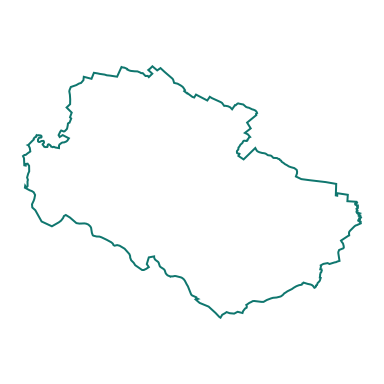 outline of Rabagani, Bihor, Romania
{"feature_id": "2599482B4708880341888", "entity_name": "Rabagani", "entity_type": "district", "adm_level": 2, "iso_a3": "ROU", "parent_name": "Romania", "parent_adm1": "Bihor", "projection": "natural_earth1", "projection_center": [22.248, 46.751], "detail": "fine", "context": "isolated", "style": "outline", "palette": "teal", "viewbox_px": 384, "rotation_deg": 0, "n_neighbors": 0, "source": "geoboundaries", "source_scale": "gbopen_adm2", "svg_char_len": 5919}
<svg xmlns="http://www.w3.org/2000/svg" viewBox="0 0 384 384"><path d="M320.7,277.9L319.8,277.6L320.1,275.7L320.1,274.7L320.4,273.7L320.5,273.0L320.8,272.5L321.2,272.3L321.8,270.4L321.5,269.8L321.5,269.4L320.3,269.3L321.0,266.3L320.7,265.4L323.4,263.9L327.6,263.1L329.5,264.0L334.6,262.4L335.9,262.2L337.4,261.5L339.5,260.9L338.3,253.1L338.3,252.1L339.1,250.0L343.3,248.3L343.8,247.6L343.7,246.1L343.0,243.5L341.7,241.8L341.0,240.6L348.3,235.8L349.2,235.4L349.0,233.3L349.1,232.1L349.9,230.9L354.4,226.4L355.6,225.5L356.9,225.1L360.7,223.4L360.3,222.5L360.4,222.3L360.6,222.3L360.8,222.0L360.7,221.7L360.1,221.6L359.9,221.9L359.8,222.0L359.7,221.9L359.7,221.4L359.5,220.8L358.5,220.9L358.2,220.7L358.2,220.4L358.5,220.4L358.9,220.1L359.1,219.8L359.1,219.4L359.4,219.7L359.9,219.8L360.0,219.5L359.6,218.6L359.9,217.9L360.2,217.7L360.7,217.8L361.0,217.4L360.6,217.0L360.4,215.8L359.8,216.1L358.7,215.9L358.7,215.5L358.9,215.4L359.5,215.6L359.7,215.2L359.3,214.5L358.8,214.8L358.5,214.6L358.3,214.0L359.6,213.3L358.3,212.9L357.7,213.5L357.2,213.2L357.2,212.7L356.5,212.0L356.5,211.5L356.7,211.0L357.5,210.7L357.2,209.9L356.8,209.6L356.6,209.2L356.5,208.8L357.8,208.1L357.9,207.9L357.9,207.7L357.3,207.3L357.1,206.7L357.4,206.4L357.8,206.3L358.0,206.1L357.8,205.3L356.7,205.3L355.3,204.6L355.2,204.3L355.4,204.0L355.2,203.6L355.6,203.2L356.6,203.2L357.1,202.7L356.6,201.8L347.4,201.2L347.8,194.8L337.3,193.2L337.2,195.7L335.8,195.4L336.2,183.9L325.8,182.1L309.6,180.2L301.3,179.1L295.9,176.5L297.0,173.4L297.1,171.6L296.7,169.9L294.3,168.1L291.0,167.2L288.8,166.4L287.0,165.2L284.9,164.1L283.6,163.0L281.7,161.8L281.4,161.4L281.2,160.7L279.9,160.0L279.4,159.1L278.3,158.9L277.1,158.1L276.2,158.0L273.4,157.9L271.4,155.9L270.4,155.5L269.3,155.4L267.9,155.2L265.6,153.6L264.0,153.2L262.2,153.0L259.3,152.2L258.2,151.7L257.2,151.1L256.6,150.4L255.3,148.0L243.6,159.4L238.4,155.9L239.5,153.9L239.0,153.6L237.5,153.4L237.0,152.9L236.9,151.4L237.1,150.8L237.8,150.1L238.4,149.1L238.4,147.9L238.7,147.3L239.2,146.8L239.9,145.7L240.4,144.7L241.5,143.8L242.5,142.8L243.1,141.4L243.8,140.8L244.8,140.7L245.7,140.9L246.8,141.0L247.5,140.4L247.4,139.6L248.3,138.8L249.0,137.5L250.1,137.0L247.8,134.3L244.9,132.9L250.7,128.4L247.1,122.6L256.3,115.1L256.0,114.0L257.1,113.1L256.6,111.9L255.5,110.6L253.6,109.7L252.3,109.4L248.8,107.7L247.5,107.5L246.0,106.9L243.3,104.5L238.8,103.6L238.3,103.4L237.5,103.6L235.6,105.3L235.0,105.1L232.1,109.3L230.2,107.3L228.1,106.3L225.5,105.8L224.2,105.9L222.0,102.9L220.7,102.1L211.9,98.1L209.8,96.8L207.3,100.5L196.0,94.6L194.2,97.5L192.4,96.9L187.3,93.1L187.1,93.4L184.2,91.1L185.0,90.2L183.3,87.6L182.6,86.8L180.8,85.5L177.6,83.7L174.1,82.9L173.2,79.8L172.5,78.7L164.7,72.0L160.5,68.1L157.2,70.4L152.4,66.3L150.2,68.5L148.3,70.0L152.3,73.7L148.8,77.1L147.8,75.9L145.5,76.0L142.7,73.1L141.1,73.1L139.9,72.4L137.5,71.4L134.6,71.3L130.8,70.9L129.4,70.5L127.2,69.5L127.2,68.9L124.5,67.7L123.6,67.5L123.1,67.6L121.5,67.0L117.1,76.7L110.0,75.6L106.8,75.3L104.7,74.6L99.8,73.9L97.6,73.4L93.9,72.8L91.5,78.8L83.8,76.8L83.4,80.2L81.1,82.9L78.9,83.6L76.3,85.1L70.8,87.0L69.5,90.2L69.3,91.5L69.9,94.8L70.2,99.4L70.1,104.2L66.6,107.5L71.7,112.6L70.0,117.3L71.2,118.5L69.5,122.7L68.5,123.0L68.2,123.3L67.9,123.7L67.8,125.1L67.2,128.1L66.8,129.1L64.7,131.2L63.9,131.5L61.2,130.5L60.3,131.6L58.6,135.1L59.7,137.0L62.7,135.1L68.9,138.3L67.3,140.7L66.1,141.6L64.1,142.4L62.5,142.5L61.7,142.8L59.5,144.5L59.0,145.6L59.0,148.1L55.4,147.5L53.8,146.8L52.8,147.2L51.1,146.6L51.0,146.2L50.3,145.3L49.2,144.5L48.6,144.3L47.9,144.7L47.5,145.9L47.6,146.6L47.3,147.0L45.1,147.1L43.9,146.5L43.6,145.7L42.6,144.6L42.7,144.1L43.9,142.9L44.0,142.6L43.9,141.6L43.5,140.9L41.6,141.0L39.8,141.9L39.2,142.0L38.5,141.8L38.0,141.2L38.0,139.6L38.6,138.4L39.1,137.8L41.2,137.5L41.6,136.9L41.4,136.0L40.8,135.5L38.4,135.2L37.2,135.5L36.7,135.1L36.3,135.5L35.9,137.0L34.7,137.4L33.7,138.7L33.8,139.5L31.9,141.3L28.4,144.9L27.9,145.1L28.8,145.6L28.9,146.2L29.8,148.0L30.3,151.5L27.8,153.2L25.7,154.9L24.4,155.0L23.0,156.1L24.0,158.2L24.3,165.3L25.7,165.6L25.9,163.9L27.6,163.7L29.1,165.8L29.2,171.4L28.2,173.6L27.1,177.5L27.9,179.9L27.5,181.6L27.6,186.1L26.4,187.6L25.2,185.8L24.9,187.7L29.7,190.3L31.9,191.1L33.7,192.3L35.1,195.0L34.4,198.6L33.7,200.7L32.0,204.3L32.3,207.5L35.3,210.2L41.6,221.5L51.9,226.3L58.9,222.3L61.1,220.6L63.1,218.0L63.9,216.1L65.8,215.0L69.9,217.5L76.4,223.1L79.4,223.6L84.4,223.4L86.3,223.7L88.4,224.6L90.4,226.5L91.1,227.9L91.9,232.9L92.6,234.8L92.8,235.3L93.4,235.7L96.6,236.5L99.5,236.6L101.5,237.3L106.7,239.8L111.3,242.3L112.8,243.6L113.5,245.1L114.6,245.7L117.1,245.1L119.6,245.7L124.6,248.7L129.4,254.1L130.1,256.0L130.2,257.7L131.2,260.3L133.7,262.8L135.2,265.2L142.1,270.0L143.8,270.0L146.3,268.8L148.8,267.1L146.8,264.1L148.8,257.4L154.1,256.4L154.1,257.3L154.5,258.6L155.3,259.8L158.1,261.9L158.6,262.6L159.8,266.2L160.5,267.0L163.6,269.0L164.4,269.8L164.8,270.5L165.6,273.0L166.0,273.7L166.9,274.7L167.5,275.3L168.8,275.9L170.1,276.3L170.4,276.7L171.1,276.4L172.8,276.4L174.8,276.0L175.9,276.1L181.0,277.4L181.9,277.8L182.6,278.3L183.8,279.3L184.9,280.8L186.8,284.5L187.9,286.3L191.0,294.1L191.4,294.8L192.2,295.5L196.1,297.2L195.9,297.8L198.0,298.9L195.8,299.6L199.6,302.9L208.6,306.6L215.5,312.9L219.4,317.0L220.5,317.7L222.2,314.8L225.2,313.1L226.6,312.1L229.7,313.2L234.2,313.6L237.6,311.8L242.5,313.0L243.1,311.1L245.1,308.5L246.6,307.7L246.8,306.8L246.7,306.1L246.3,304.9L246.9,304.6L249.3,302.9L251.0,302.1L252.8,301.1L254.3,301.0L261.7,301.9L263.5,301.9L266.8,300.0L271.0,298.4L273.1,297.8L276.6,297.5L280.2,296.6L281.2,296.2L283.0,294.8L284.2,293.4L285.7,292.5L287.4,291.3L292.0,289.0L293.8,287.7L296.4,286.2L299.0,285.2L301.7,284.7L302.4,283.4L302.9,283.4L303.5,282.6L307.7,283.9L310.6,284.5L311.8,285.0L312.9,285.8L314.4,287.8L314.9,287.6L316.0,286.5L315.9,285.6L316.4,285.2L317.0,285.0L317.6,283.1L319.4,281.3L319.9,280.4L320.7,277.9Z" fill="none" stroke="#0f766e" stroke-width="2"/></svg>